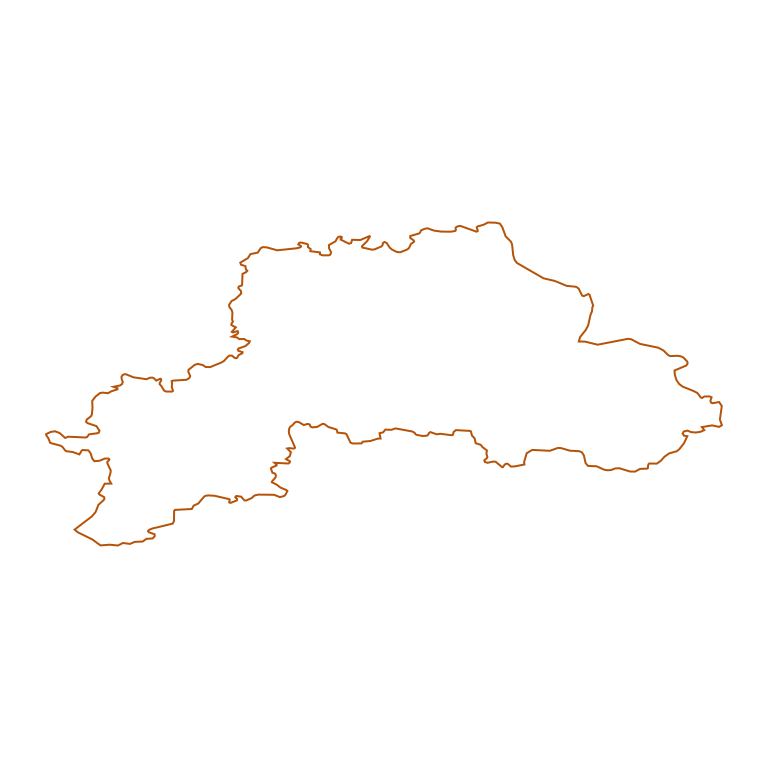 map outline of Mogilev (Equal Earth projection)
{"feature_id": "BLR-2340", "entity_name": "Mogilev", "entity_type": "Region", "adm_level": 1, "iso_a3": "BLR", "parent_name": "Belarus", "parent_adm1": "", "projection": "equal_earth", "projection_center": [29.938, 53.567], "detail": "fine", "context": "isolated", "style": "outline", "palette": "amber", "viewbox_px": 768, "rotation_deg": 0, "n_neighbors": 0, "source": "natural_earth", "source_scale": "10m", "svg_char_len": 6080}
<svg xmlns="http://www.w3.org/2000/svg" viewBox="0 0 768 768"><path d="M495.5,222.7L499.9,223.6L502.3,227.2L505.7,236.4L511.0,241.7L512.1,244.6L513.2,255.2L514.8,260.2L517.0,263.0L543.5,278.3L554.6,280.9L566.8,285.9L575.4,286.7L577.0,287.3L578.7,288.7L582.1,295.6L583.9,296.1L588.3,294.0L589.5,294.7L593.2,305.7L592.4,307.1L592.0,311.2L590.4,315.2L588.1,325.6L585.6,330.2L580.1,337.0L578.8,341.5L585.0,341.6L597.6,344.7L628.1,338.8L631.3,339.3L640.0,343.9L658.3,347.7L663.5,350.5L668.2,355.1L670.3,356.1L677.5,355.8L680.5,356.2L683.4,357.5L687.2,361.5L687.6,362.9L687.3,364.2L686.3,365.5L674.5,370.5L674.9,375.1L676.5,380.1L679.1,383.9L682.6,386.6L694.0,391.2L697.5,393.1L700.9,397.6L702.0,398.0L704.3,396.5L709.4,396.4L711.6,397.3L710.4,400.7L711.2,402.8L712.9,403.2L719.1,402.0L721.8,406.1L719.9,419.5L721.9,425.2L719.1,426.9L712.1,425.4L701.9,427.1L704.3,430.1L700.4,431.8L695.8,432.5L691.1,432.1L687.4,430.6L683.7,431.5L682.6,433.6L683.9,435.6L687.3,436.2L684.0,443.2L679.4,449.1L676.8,451.2L669.2,453.4L664.5,456.7L660.9,460.7L656.9,463.6L649.3,463.5L648.5,464.2L648.0,465.9L647.9,468.1L647.2,468.6L640.1,468.9L635.0,471.6L630.0,471.5L619.2,468.2L615.0,468.5L611.2,470.0L607.7,470.3L604.2,469.7L596.6,466.3L588.0,465.9L585.6,463.1L583.9,455.5L581.9,452.3L579.3,451.2L570.0,450.7L561.1,448.1L558.1,447.9L549.7,450.8L532.2,449.9L526.7,453.2L524.1,462.0L524.4,464.5L514.8,466.4L511.1,466.6L507.7,463.8L505.9,463.8L504.7,464.6L502.8,467.2L502.2,467.2L495.7,461.8L493.7,461.5L487.4,462.8L484.8,461.9L484.3,460.3L486.9,458.1L487.4,456.9L486.4,453.8L486.9,450.4L482.6,447.2L480.7,444.8L475.7,443.2L474.6,438.3L472.0,435.6L470.9,431.4L469.9,430.9L455.9,430.1L453.7,431.9L452.7,435.1L451.3,435.2L440.5,433.8L436.7,434.3L430.4,432.1L429.1,432.9L428.0,434.9L426.9,435.7L422.7,436.0L416.8,434.9L415.6,434.3L414.6,432.8L412.3,431.5L395.4,428.4L391.5,429.8L385.3,429.6L383.2,432.3L379.5,433.2L380.6,438.5L377.9,438.6L370.4,441.0L362.7,441.7L361.5,443.4L353.0,443.5L350.5,442.7L346.5,434.2L345.1,433.4L337.4,432.6L336.8,430.0L335.9,429.3L328.4,427.0L324.6,424.2L322.6,423.8L317.2,426.9L312.2,427.4L310.4,426.5L310.1,425.1L308.9,424.1L307.0,424.0L303.9,425.1L298.6,422.0L296.2,421.8L294.4,422.9L292.6,425.1L290.3,426.7L289.2,428.6L288.8,431.7L289.3,434.4L295.0,447.4L294.8,448.1L293.7,448.6L289.2,448.1L287.2,448.5L290.9,452.2L289.9,456.0L286.0,459.1L289.9,461.3L289.8,462.4L288.5,463.5L274.5,462.8L276.7,464.8L276.6,465.5L271.4,467.7L270.9,468.5L272.4,472.7L275.2,473.7L275.9,475.5L275.5,477.5L272.2,481.2L271.8,482.2L276.6,484.6L280.5,487.6L286.5,490.1L287.4,491.0L285.4,494.8L283.9,496.1L279.9,497.1L274.1,494.8L258.4,494.6L254.5,495.5L251.6,498.1L246.0,500.6L244.3,500.3L241.2,496.7L236.8,496.0L235.9,496.2L235.3,497.2L237.1,499.0L236.9,500.4L230.5,502.9L229.2,502.4L229.7,499.7L229.0,499.1L214.7,495.8L208.6,495.4L205.4,495.8L203.7,497.1L198.3,503.5L193.7,505.6L191.8,509.0L174.8,509.9L174.1,511.2L174.0,521.0L172.7,523.6L152.0,528.6L148.7,530.1L148.0,531.3L149.0,532.3L154.6,534.3L154.7,536.3L152.5,538.5L146.4,538.8L142.8,541.5L134.7,541.9L130.0,543.9L122.9,543.0L118.0,545.5L109.7,544.7L100.5,545.4L92.1,539.3L77.8,532.3L74.6,529.6L92.0,516.3L95.6,512.0L98.4,504.9L103.8,499.9L104.4,498.7L104.2,497.2L99.4,494.5L98.7,493.4L101.6,489.5L104.7,483.7L111.2,483.6L109.5,480.5L108.9,478.4L110.6,472.3L110.7,470.3L107.8,464.3L107.2,462.2L109.3,459.8L109.3,459.2L108.1,458.5L104.6,458.6L99.8,460.7L94.3,461.2L92.2,458.4L90.7,453.5L88.5,450.4L82.5,450.0L81.5,450.9L79.4,454.4L72.6,452.0L66.3,451.2L65.3,450.6L62.5,446.9L60.6,445.7L50.2,442.9L48.3,438.2L46.1,434.9L46.1,434.1L50.8,431.9L55.2,431.3L59.7,433.1L65.1,437.9L68.5,436.7L85.4,437.5L87.0,437.1L89.1,434.3L97.1,433.3L98.8,432.6L99.5,430.7L96.4,426.1L87.7,423.2L86.2,422.1L86.1,421.4L86.8,419.5L90.8,416.4L91.9,414.5L92.5,407.8L92.2,400.9L95.5,396.6L99.9,393.1L102.4,392.6L108.1,393.2L111.1,391.4L117.5,389.3L117.4,388.2L113.5,386.8L119.9,385.5L122.0,384.1L122.8,382.1L121.7,379.2L121.5,376.8L122.3,375.4L123.8,374.4L125.8,374.2L133.4,377.3L146.5,379.2L150.0,377.7L152.7,377.7L154.1,378.4L156.3,380.6L160.3,378.7L160.9,379.0L161.3,380.2L159.8,382.8L159.6,384.1L161.4,386.1L164.0,390.5L165.9,391.5L172.0,391.6L173.0,390.8L171.8,387.1L172.1,383.6L171.7,381.1L173.1,380.6L186.2,379.8L188.1,378.9L189.4,377.9L190.2,376.1L188.3,371.7L188.5,369.8L194.7,364.9L197.5,363.9L202.7,365.0L205.7,367.0L210.2,367.1L221.4,362.5L223.9,361.0L228.2,356.4L229.5,355.6L231.9,355.6L234.5,357.8L236.1,358.2L237.1,357.8L238.6,355.1L242.3,353.3L242.6,352.2L238.4,350.8L237.8,349.4L238.8,348.4L245.4,346.1L249.0,343.0L249.8,341.3L246.6,340.6L244.2,339.0L239.3,339.1L237.1,337.5L232.1,336.6L237.4,334.0L238.2,332.5L237.9,331.3L237.3,331.1L233.0,332.5L231.8,331.8L235.8,327.4L231.6,325.2L231.3,324.1L232.9,321.5L232.1,319.7L232.4,312.7L231.7,310.1L229.3,306.9L229.1,304.9L231.5,301.1L235.4,299.0L241.2,293.6L240.9,290.9L238.5,288.4L238.3,287.5L239.0,286.4L241.8,285.5L242.1,284.9L242.5,273.9L246.1,272.1L247.3,270.8L245.9,269.4L245.4,266.1L241.0,264.7L240.3,262.6L247.9,258.1L250.4,254.1L257.8,252.6L260.7,248.2L262.8,247.1L266.8,247.4L277.2,250.3L296.5,248.3L299.9,247.5L301.0,246.7L300.8,245.9L298.3,244.3L299.3,242.8L301.1,242.5L307.4,244.1L308.1,245.1L307.9,247.0L310.6,249.0L310.4,251.2L320.0,252.4L319.9,254.3L322.5,255.3L328.7,255.3L330.0,254.9L331.0,253.1L330.9,251.8L329.1,248.4L328.9,245.1L335.5,241.3L337.0,238.5L338.4,236.8L340.4,236.5L341.8,237.1L341.7,238.0L340.6,238.7L340.7,239.6L349.0,243.7L351.1,243.0L352.1,239.8L360.3,240.0L369.5,236.1L369.9,236.4L369.7,236.9L367.1,241.2L362.2,246.0L361.9,246.6L362.5,247.6L371.8,249.6L374.3,249.5L381.3,246.5L382.6,245.1L382.9,243.0L384.5,242.0L386.6,242.9L389.7,247.6L391.9,249.5L396.6,251.9L400.1,252.3L407.4,249.4L409.0,248.0L410.9,244.0L413.8,242.0L414.1,241.5L413.7,240.4L410.2,237.9L410.3,236.0L419.0,233.5L420.1,232.5L421.0,230.4L424.6,228.8L427.5,228.3L434.0,230.6L441.3,231.6L451.0,231.7L455.4,230.9L455.9,229.9L455.5,228.0L456.0,227.3L457.5,226.4L460.3,225.9L476.6,231.7L477.8,230.9L476.7,227.4L477.6,226.4L483.5,224.8L487.9,222.5L495.5,222.7Z" fill="none" stroke="#b45309" stroke-width="2"/></svg>